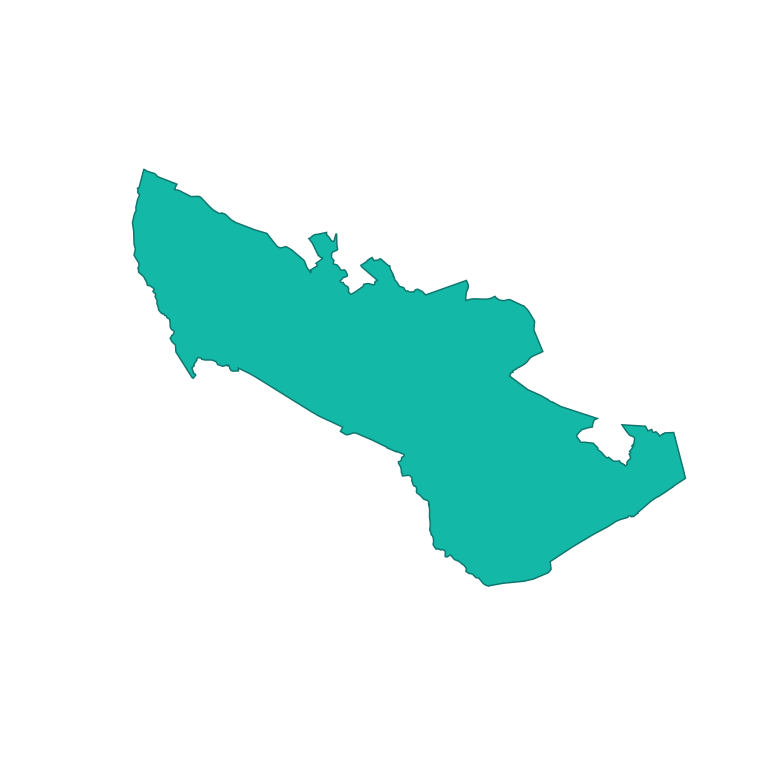 outline of Doetinchem, Gelderland, Netherlands, rotated 27°
{"feature_id": "6326949B3071243252174", "entity_name": "Doetinchem", "entity_type": "district", "adm_level": 2, "iso_a3": "NLD", "parent_name": "Netherlands", "parent_adm1": "Gelderland", "projection": "albers", "projection_center": [6.278, 51.959], "detail": "fine", "context": "isolated", "style": "filled", "palette": "teal", "viewbox_px": 768, "rotation_deg": 27, "n_neighbors": 0, "source": "geoboundaries", "source_scale": "gbopen_adm2", "svg_char_len": 6148}
<svg xmlns="http://www.w3.org/2000/svg" viewBox="0 0 768 768"><g transform="rotate(27 384 384)"><path d="M72.6,301.9L76.6,320.1L75.5,321.5L77.3,323.5L77.1,323.8L77.1,324.2L77.6,325.2L80.4,326.4L80.7,331.6L82.7,339.2L84.0,341.4L84.4,342.6L84.4,345.8L86.7,354.6L91.4,361.2L97.9,373.0L101.2,376.5L102.6,382.1L103.1,383.0L110.7,387.6L112.2,390.2L112.3,390.9L112.0,391.8L112.3,392.5L112.7,393.2L113.9,394.2L114.3,395.3L114.8,395.8L121.2,397.5L126.5,401.2L127.8,402.9L128.5,403.4L129.1,403.4L130.4,402.7L135.7,403.4L136.6,404.6L136.0,405.4L136.0,406.2L136.7,406.8L139.9,407.5L140.3,410.0L144.1,412.8L144.5,414.2L145.4,415.7L146.7,416.7L149.8,420.4L152.4,421.6L154.4,422.1L155.9,421.6L157.5,422.4L158.8,422.1L159.6,422.4L160.5,423.4L162.7,423.5L163.8,424.0L165.8,426.8L167.3,429.8L168.8,431.3L170.3,431.9L173.1,432.2L173.6,433.7L173.7,435.2L173.5,436.1L172.8,437.0L173.0,438.0L172.7,440.1L172.9,440.6L176.6,442.9L180.5,443.9L184.0,449.9L210.1,465.4L211.4,465.5L212.2,461.5L211.1,460.9L209.0,460.7L208.7,459.9L206.1,457.5L205.6,456.7L206.6,453.7L205.7,452.8L206.4,448.0L206.3,447.6L205.9,447.2L205.9,446.3L206.5,444.8L208.9,443.9L210.3,444.7L213.6,443.9L219.5,440.9L223.1,440.3L225.0,440.7L227.0,442.2L232.4,441.4L235.4,438.4L236.1,439.0L237.0,437.7L240.4,440.8L241.4,441.3L243.1,441.3L248.4,438.4L247.0,436.0L259.4,435.7L265.9,436.0L331.3,441.6L340.5,442.1L366.7,441.2L366.8,441.3L366.7,446.0L372.1,446.4L373.7,446.2L375.1,445.4L378.9,441.5L380.2,440.8L382.3,440.4L398.6,439.3L415.6,439.0L415.7,439.5L425.8,438.8L425.6,438.3L433.8,437.7L434.2,438.6L434.4,439.5L433.2,441.2L433.2,442.0L433.7,443.0L433.9,444.5L433.6,445.4L432.2,446.7L432.2,447.1L433.1,448.1L436.6,450.5L438.5,452.8L439.4,454.6L442.3,457.5L446.6,454.7L448.1,453.9L448.8,453.9L451.7,455.1L452.7,457.6L456.3,461.0L457.1,461.2L458.5,460.9L459.8,461.5L460.9,463.0L461.7,465.2L462.6,466.1L466.9,466.8L471.8,468.6L475.6,468.0L477.1,468.6L479.0,471.0L478.4,471.0L481.4,474.7L485.0,482.0L487.9,486.2L490.0,490.3L490.8,493.0L492.4,494.6L493.2,494.9L494.2,496.7L496.1,497.3L498.3,499.4L499.9,502.3L500.4,504.2L501.0,505.1L503.4,506.5L505.3,507.4L506.1,507.2L506.7,506.2L509.9,506.1L511.2,505.0L513.7,504.8L514.9,505.8L516.6,509.6L517.2,510.0L518.7,509.4L520.5,506.5L521.3,506.3L526.4,508.4L531.5,508.0L535.5,509.0L537.5,509.2L541.0,510.8L541.5,511.7L541.9,513.5L542.4,513.9L546.0,514.2L547.1,513.6L549.5,513.3L553.7,514.8L556.5,513.9L563.0,516.7L565.4,517.1L569.1,516.5L570.1,515.4L580.7,507.4L598.2,496.2L605.6,490.0L615.6,478.1L616.4,476.5L616.9,474.1L616.9,473.1L612.7,466.8L626.0,443.4L638.6,423.3L648.1,409.7L653.1,401.1L655.7,397.9L661.8,392.1L661.8,390.7L662.5,390.0L663.3,389.6L664.5,390.1L665.1,389.0L665.7,389.2L666.8,388.7L666.8,388.0L668.3,384.7L668.9,384.0L668.4,383.6L675.3,366.6L679.2,359.8L679.5,359.9L684.5,351.3L686.0,348.2L688.4,344.2L688.2,343.8L695.4,331.2L689.6,324.4L668.0,300.0L667.9,299.5L667.3,299.3L664.2,295.7L656.5,300.0L655.4,302.0L655.1,301.8L653.5,305.1L650.5,303.8L648.6,303.5L648.5,303.2L647.8,303.2L647.0,304.3L645.2,304.9L643.2,303.0L640.4,306.0L636.2,302.9L614.6,312.3L620.9,315.8L626.0,318.1L630.7,317.8L631.7,318.3L632.5,319.9L634.0,325.0L633.1,325.4L633.1,326.9L634.4,326.8L634.1,329.7L633.4,332.5L634.8,333.0L634.8,333.7L634.2,335.0L636.3,336.7L637.5,338.3L636.2,341.7L636.1,344.0L637.2,344.7L636.5,347.3L635.6,347.3L634.8,346.8L631.8,346.7L631.1,347.0L628.6,345.6L626.5,347.1L623.3,348.6L617.4,347.3L617.0,348.1L615.8,348.7L611.4,347.3L611.0,347.5L610.4,346.7L609.1,346.2L605.0,345.5L604.4,345.3L603.5,344.0L602.4,343.7L602.4,343.4L598.4,342.3L597.6,341.7L589.4,344.7L585.9,346.6L579.6,343.3L579.0,342.6L579.0,342.1L579.8,338.4L581.2,334.6L583.9,332.2L584.4,331.4L589.2,327.7L588.1,324.6L587.6,320.7L589.7,317.9L551.8,323.8L542.3,323.6L542.3,323.9L540.0,323.9L537.7,323.8L537.4,323.4L528.8,323.1L514.8,323.8L492.4,319.9L492.1,319.8L492.4,318.4L491.7,317.3L493.6,314.8L492.6,314.1L495.3,310.2L494.9,309.9L497.0,307.5L500.1,302.6L501.1,300.2L502.3,294.9L502.9,293.3L504.1,291.4L510.8,283.0L493.1,267.9L489.7,259.7L480.7,254.0L477.8,252.6L472.9,250.9L472.4,251.2L457.8,251.7L456.4,252.4L453.1,255.3L448.8,256.8L445.2,256.4L443.1,255.5L440.8,258.6L438.2,261.0L435.2,262.7L425.0,267.5L421.9,269.7L419.0,272.5L418.4,271.2L418.1,271.2L416.0,265.6L415.6,263.8L415.4,260.3L414.8,258.6L413.5,256.8L410.4,254.3L380.7,285.7L376.1,284.2L370.8,284.3L369.2,285.9L368.8,288.2L368.5,288.4L365.4,290.3L362.7,290.4L361.2,291.3L357.7,289.2L353.5,290.0L349.6,287.6L346.2,286.2L344.7,284.2L344.0,284.1L343.2,283.4L342.8,283.5L343.0,282.7L342.7,282.4L337.4,278.7L336.6,277.8L335.7,276.2L333.8,276.5L324.3,274.0L323.0,274.9L323.2,275.7L320.0,277.9L319.3,278.7L315.9,276.7L313.8,280.0L313.0,281.7L313.0,282.5L312.7,283.3L309.5,288.8L311.1,289.8L331.0,294.6L329.5,296.8L330.3,299.0L330.0,300.3L324.2,301.7L320.8,304.2L321.0,307.3L320.1,308.2L319.1,310.4L316.2,315.7L314.0,318.9L313.5,319.1L311.0,318.3L310.7,317.8L310.3,317.9L309.3,315.2L307.4,313.7L304.0,313.7L301.4,312.1L299.3,313.0L298.4,312.7L298.1,311.7L298.7,310.6L299.2,307.8L301.7,305.4L302.2,304.4L301.7,303.2L299.5,301.4L297.2,300.2L296.6,300.4L295.4,301.6L293.1,301.9L291.8,300.8L288.1,299.2L284.6,300.0L283.9,299.2L283.3,296.6L280.2,295.5L279.2,294.0L278.1,291.3L278.6,289.3L281.1,286.5L281.6,285.1L279.1,281.9L273.7,272.0L273.2,272.2L273.2,272.7L273.3,273.5L274.0,274.5L273.6,275.0L274.4,278.4L274.3,279.8L272.5,280.4L267.8,277.9L265.4,277.3L264.0,275.0L257.5,280.3L254.5,282.3L253.1,284.5L251.8,287.9L251.0,288.5L256.3,291.1L265.8,298.3L266.9,298.8L267.1,299.5L268.0,299.2L269.9,300.0L271.1,299.9L271.5,299.5L272.3,300.0L272.2,300.5L268.6,307.4L269.8,307.7L270.9,309.0L266.7,316.0L268.4,317.3L267.9,318.1L265.9,316.8L263.8,316.0L262.2,315.0L257.3,310.5L255.7,309.9L240.8,306.4L234.4,306.0L230.3,309.6L228.3,310.0L226.1,309.9L211.3,303.0L198.9,305.3L178.8,307.4L173.0,307.0L165.5,304.8L161.9,305.2L161.1,306.2L158.9,306.9L152.5,306.4L147.9,305.1L136.5,301.0L134.8,300.8L133.3,301.1L127.1,304.6L113.7,304.6L111.5,305.0L110.7,305.5L109.0,305.6L108.8,305.5L109.1,304.9L108.8,303.9L108.8,300.0L88.4,302.0L84.2,300.6L77.5,301.8L74.6,302.0L73.9,301.5L72.6,301.9Z" fill="#14b8a6" stroke="#0f766e" stroke-width="1.5"/></g></svg>